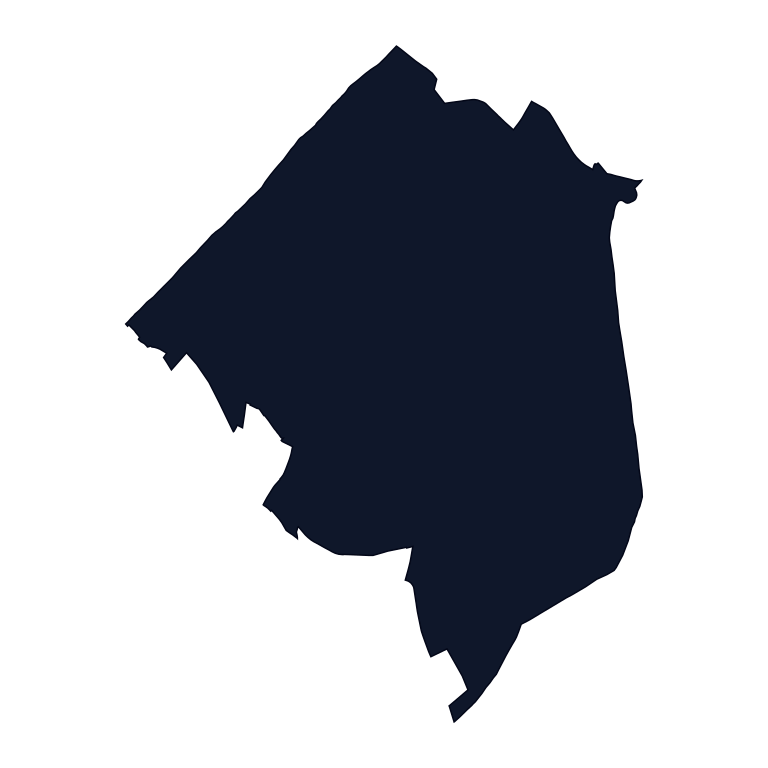 the district of Khan Yunis, Gaza Strip, Palestine
{"feature_id": "87354302B21422506618890", "entity_name": "Khan Yunis", "entity_type": "district", "adm_level": 2, "iso_a3": "PSE", "parent_name": "Palestine", "parent_adm1": "Gaza Strip", "projection": "robinson", "projection_center": [34.31, 31.33], "detail": "fine", "context": "isolated", "style": "filled", "palette": "ink", "viewbox_px": 768, "rotation_deg": 0, "n_neighbors": 0, "source": "geoboundaries", "source_scale": "gbopen_adm2", "svg_char_len": 6057}
<svg xmlns="http://www.w3.org/2000/svg" viewBox="0 0 768 768"><path d="M454.1,721.9L454.8,721.4L460.1,716.6L467.0,709.8L471.8,705.4L472.7,704.3L475.3,701.8L482.0,693.3L485.9,687.5L489.9,682.8L493.3,677.9L496.3,674.3L498.6,669.7L506.1,655.3L509.4,649.4L512.2,644.5L514.9,640.0L516.4,637.1L518.6,631.5L521.2,624.2L529.8,619.7L541.4,612.7L566.1,597.9L572.3,594.6L585.4,586.9L596.8,579.2L606.9,574.6L614.1,570.4L616.2,567.5L622.7,555.2L628.2,540.8L631.7,527.4L634.5,521.8L635.1,518.5L636.4,515.6L637.8,510.8L639.8,506.4L641.1,501.6L642.3,496.9L642.0,490.1L640.1,476.3L639.0,468.5L637.7,454.2L636.6,446.4L635.4,435.4L632.9,422.9L631.6,410.7L631.0,403.7L628.5,386.2L626.1,370.3L623.8,356.4L622.6,347.9L621.7,341.6L619.7,329.7L618.6,322.7L617.7,310.3L615.2,290.5L614.2,273.4L613.1,264.9L611.9,256.9L611.0,249.4L609.7,242.1L609.3,237.8L609.5,235.5L609.8,232.0L610.6,226.4L611.6,220.8L612.9,218.1L613.4,215.7L614.1,211.1L614.7,208.4L615.4,205.9L616.5,203.8L618.0,201.5L619.3,200.6L620.8,200.3L622.4,200.5L626.0,202.8L627.4,203.1L629.0,202.9L633.0,201.1L634.8,199.9L635.7,198.7L636.3,197.2L636.8,195.1L636.5,192.7L635.0,189.0L634.7,188.0L637.2,185.6L638.4,184.2L640.4,182.2L641.7,180.3L641.0,180.5L639.8,180.7L638.2,180.9L636.7,180.9L635.5,180.8L634.9,180.7L633.6,180.4L631.1,179.6L628.7,179.0L625.3,178.2L619.7,176.8L616.6,176.1L614.0,175.4L611.1,174.5L610.2,174.3L607.9,173.9L606.8,173.6L598.7,163.7L598.1,163.1L596.2,164.4L595.1,163.8L594.6,164.3L594.3,164.8L594.1,165.1L592.7,169.6L592.2,169.3L588.7,167.2L586.2,165.8L584.0,164.3L582.6,163.2L581.6,162.5L579.1,160.1L576.8,157.7L576.1,156.9L574.8,155.2L574.4,154.6L573.8,153.9L571.9,151.0L569.3,146.6L568.7,145.5L565.9,140.9L564.0,137.4L559.5,129.8L552.6,118.0L550.3,114.4L549.7,113.5L549.2,112.8L547.5,111.2L546.4,110.2L545.2,109.2L543.6,108.1L535.6,103.6L533.6,102.6L531.6,101.4L528.2,107.4L525.1,112.7L522.9,116.7L522.0,118.2L521.5,119.0L519.5,121.9L518.1,123.8L516.7,125.6L514.8,128.1L513.4,129.9L509.2,126.1L505.0,122.4L502.0,119.5L501.3,118.9L500.6,118.3L500.7,118.2L499.1,116.7L499.0,116.8L497.0,114.6L491.1,109.0L487.0,104.9L485.8,103.7L485.4,103.4L484.6,102.9L483.6,102.3L482.6,101.9L478.2,100.3L477.3,100.0L475.9,99.8L475.3,99.7L474.6,99.6L473.2,99.6L471.9,99.7L466.7,100.3L460.6,101.2L452.3,102.3L444.6,103.4L444.5,103.2L434.1,89.6L436.7,79.2L432.3,73.3L426.0,68.2L423.5,66.7L421.1,65.0L416.0,61.4L415.2,60.8L400.7,49.2L397.6,46.9L396.4,46.1L395.3,47.3L388.7,54.2L386.2,57.0L381.8,61.3L379.5,63.6L377.0,65.6L374.0,67.5L370.7,69.7L368.4,71.5L366.5,72.9L365.1,74.0L362.6,76.1L359.4,78.9L355.6,82.0L352.8,84.1L350.8,85.7L348.8,87.8L347.7,89.4L347.0,90.6L345.2,92.9L343.7,94.5L342.1,95.9L340.7,97.7L338.3,100.0L335.9,102.6L332.5,105.5L331.2,107.3L330.2,108.8L328.1,110.8L324.5,115.1L321.0,118.9L318.2,121.5L316.5,123.4L315.5,125.3L312.1,128.3L309.5,130.6L306.0,133.4L303.1,136.1L300.6,137.7L298.8,139.5L294.5,145.5L291.2,149.2L283.4,159.9L278.6,165.2L274.6,169.9L270.7,174.7L265.3,181.9L261.9,187.4L259.9,189.5L254.4,194.9L250.1,198.6L245.4,204.0L237.7,211.3L235.5,212.9L233.8,215.0L229.9,219.2L227.7,221.3L225.7,223.7L222.5,226.8L220.0,228.9L215.8,231.9L213.8,233.7L211.9,235.3L207.3,240.6L200.6,247.6L196.2,252.8L189.5,259.2L180.7,268.0L172.5,277.7L164.6,285.6L158.0,292.2L153.5,297.0L148.6,300.9L146.7,302.5L144.9,304.5L139.6,310.1L135.2,313.9L133.4,316.1L131.5,317.9L128.3,321.5L125.7,324.0L127.6,326.2L128.9,324.9L131.1,327.2L133.7,329.8L134.5,330.6L135.8,332.5L138.4,335.6L139.7,337.3L139.2,338.0L138.6,338.9L138.5,339.1L138.5,339.3L138.5,339.5L138.9,339.8L139.0,339.9L140.3,341.1L140.6,341.4L141.0,341.7L143.9,343.3L144.5,343.7L145.4,344.6L146.6,345.8L147.5,347.0L148.4,346.8L149.1,346.6L149.6,346.3L149.9,346.2L150.2,345.9L151.0,346.3L151.6,346.8L151.8,346.9L152.0,347.0L152.3,347.0L154.5,347.3L155.3,347.5L157.6,348.2L160.0,349.2L166.7,353.2L165.5,354.9L163.6,357.5L166.9,362.5L171.4,369.9L186.5,352.7L196.7,364.3L209.0,382.3L219.6,403.2L232.9,430.8L233.4,431.7L234.0,431.3L236.2,427.4L237.2,425.1L242.5,427.8L243.1,423.4L244.4,414.8L246.0,402.4L250.5,404.2L250.1,405.0L256.9,408.3L257.9,408.5L258.3,408.6L259.3,409.0L259.5,409.2L260.9,411.2L262.0,412.8L263.9,415.6L264.2,415.7L264.6,415.6L264.9,415.8L265.6,416.7L269.2,421.4L271.1,424.2L273.9,428.2L274.9,429.5L275.9,430.6L276.8,431.9L277.3,432.6L278.0,433.4L278.9,434.4L279.7,435.7L280.9,437.3L281.4,437.8L281.7,438.1L282.2,438.3L282.6,438.4L283.2,438.3L282.9,438.7L281.2,440.3L282.1,441.4L285.7,443.2L292.6,446.6L291.9,449.8L291.5,452.1L291.0,454.3L290.4,456.5L290.0,457.7L289.7,458.8L288.1,463.1L285.9,468.9L284.1,473.2L283.8,473.7L283.3,474.8L282.5,475.9L281.4,477.4L280.0,479.0L280.1,479.5L275.1,485.1L274.1,486.4L273.3,487.5L268.5,495.2L266.9,497.8L265.1,501.1L263.2,504.8L264.2,505.7L264.9,506.1L265.2,506.3L265.6,506.4L265.7,506.6L266.6,507.3L267.2,507.7L267.4,507.8L267.6,507.9L268.2,508.6L269.1,509.4L270.8,511.2L271.7,510.4L279.1,519.0L281.6,522.4L282.1,523.2L283.3,525.3L284.6,527.6L285.3,528.8L286.2,530.4L289.7,532.9L292.6,534.8L295.6,537.1L297.1,538.2L297.4,538.5L297.4,537.8L297.3,536.8L297.0,534.9L296.5,532.7L296.4,532.4L296.5,531.7L296.6,531.1L297.0,530.1L297.7,527.4L297.9,527.1L298.0,526.9L298.3,526.6L303.4,532.6L305.1,534.6L306.0,535.5L308.0,537.4L309.7,538.8L310.9,539.8L312.6,540.9L313.7,541.6L321.6,545.9L322.1,546.3L322.4,546.4L324.9,547.8L329.6,550.3L332.2,551.8L333.3,552.3L335.2,553.2L336.9,553.7L338.7,554.2L340.7,554.4L342.4,554.6L343.1,554.6L343.1,554.4L343.9,554.4L350.3,554.6L362.2,555.1L369.3,555.4L373.0,555.4L382.0,552.8L382.4,552.7L387.7,551.1L406.4,547.3L406.7,548.0L410.7,547.0L412.1,546.6L412.8,546.4L411.5,554.3L410.2,561.7L408.7,567.8L407.9,570.8L406.2,576.9L405.3,580.1L406.6,580.5L408.0,581.0L409.3,581.7L410.2,582.4L410.7,582.7L411.7,583.9L412.4,584.8L413.0,585.8L413.5,586.8L413.8,587.8L414.0,588.9L414.3,590.9L415.9,601.4L416.3,603.8L416.6,606.2L417.4,611.4L418.0,614.5L421.3,630.6L421.8,632.3L422.9,635.6L424.9,641.3L428.6,651.4L430.4,655.6L430.9,656.7L447.0,648.9L462.3,676.0L468.0,689.9L449.4,705.7L449.1,705.9L449.5,706.9L454.1,721.9Z" fill="#0f172a" stroke="#020617" stroke-width="1.5"/></svg>